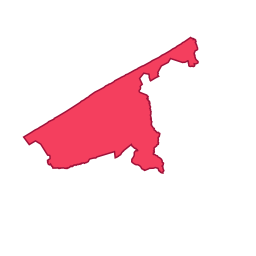 the district of Grands Ponts, Lagunes, Ivory Coast, rotated 155°
{"feature_id": "98640826B83353125268201", "entity_name": "Grands Ponts", "entity_type": "district", "adm_level": 2, "iso_a3": "CIV", "parent_name": "Ivory Coast", "parent_adm1": "Lagunes", "projection": "albers", "projection_center": [-4.906, 5.455], "detail": "fine", "context": "isolated", "style": "filled", "palette": "rose", "viewbox_px": 256, "rotation_deg": 155, "n_neighbors": 0, "source": "geoboundaries", "source_scale": "gbopen_adm2", "svg_char_len": 5878}
<svg xmlns="http://www.w3.org/2000/svg" viewBox="0 0 256 256"><g transform="rotate(155 128 128)"><path d="M116.6,73.3L115.4,72.4L114.9,73.5L113.6,74.1L113.5,74.4L113.6,75.0L113.4,75.6L113.5,76.3L112.8,78.2L112.9,78.5L113.2,78.9L113.2,79.1L112.0,79.5L111.7,79.7L111.5,80.1L110.7,81.1L110.8,81.5L111.4,82.3L111.4,82.7L110.9,83.9L110.9,85.4L111.1,86.0L111.9,87.7L113.0,89.0L113.1,90.0L113.3,90.5L114.3,91.3L114.7,92.2L115.2,93.0L116.0,93.2L116.1,93.6L115.8,94.0L115.5,94.7L114.5,94.9L114.2,95.3L114.1,95.9L114.5,96.4L114.4,96.6L114.0,96.7L113.5,97.0L113.1,98.3L112.4,99.2L112.2,99.2L111.6,99.2L111.0,99.5L109.8,99.6L109.4,99.9L108.8,100.5L107.8,100.4L107.5,100.4L107.2,100.7L107.1,101.3L106.6,101.6L106.5,101.9L106.7,102.3L106.6,102.7L105.9,104.0L105.5,104.3L104.9,106.3L104.3,106.9L103.4,107.0L102.6,108.0L102.2,108.7L101.6,109.2L101.6,109.9L101.9,110.2L102.3,110.4L102.5,110.8L102.5,111.3L103.0,111.4L103.1,111.5L103.7,111.6L103.9,112.6L104.3,113.3L104.2,114.0L105.1,115.1L105.0,115.6L104.4,116.5L104.8,116.8L105.2,117.9L105.2,118.6L105.5,119.7L105.4,120.6L105.4,120.9L105.6,121.1L105.2,121.4L104.8,122.3L104.8,122.5L104.4,123.1L103.8,123.4L103.7,123.7L103.9,124.1L103.9,124.9L103.5,125.4L103.3,126.1L103.5,126.3L103.3,126.4L103.5,126.8L102.8,127.2L102.8,127.7L102.7,127.9L102.8,128.3L102.4,129.0L102.4,129.9L101.9,130.4L101.9,130.7L101.3,131.0L101.2,131.4L101.0,131.8L101.0,132.2L100.7,132.6L100.4,132.7L100.2,132.9L100.2,134.6L99.8,135.1L99.8,135.3L99.9,135.5L99.9,136.6L99.2,136.8L98.6,137.9L98.6,138.1L98.7,138.5L98.8,139.2L98.8,139.5L98.6,139.6L98.7,139.8L98.6,140.2L98.3,140.6L97.9,140.8L98.0,141.1L98.3,141.5L97.5,142.1L97.8,142.4L97.8,142.8L97.4,143.2L97.8,144.0L97.8,144.3L98.0,144.3L98.1,144.5L97.9,145.1L97.9,145.4L98.1,146.0L98.3,146.0L98.3,146.4L98.4,146.7L98.2,146.8L97.9,146.7L97.8,147.1L97.3,147.3L97.2,147.2L97.2,147.5L97.0,147.8L96.5,148.0L96.7,148.7L96.9,148.8L97.2,149.4L97.1,149.9L102.0,155.1L102.4,155.8L102.4,156.0L102.4,156.6L102.0,157.3L101.5,157.6L100.7,157.8L99.8,158.8L99.5,159.6L99.5,160.3L99.4,160.4L98.2,161.2L97.4,161.3L96.6,161.6L96.6,168.0L90.6,171.0L86.3,167.9L86.9,165.8L87.4,164.9L87.5,163.2L87.8,162.0L87.6,161.2L81.9,161.8L78.3,161.9L78.7,163.4L78.2,164.1L77.5,164.7L77.6,165.7L71.5,170.2L63.9,170.5L60.1,173.0L50.7,164.2L49.5,164.0L49.2,163.7L48.5,163.5L46.6,163.5L45.7,163.7L45.3,163.6L45.3,162.6L45.6,162.3L45.6,161.9L45.9,161.2L45.8,160.7L46.4,159.2L46.4,158.1L45.5,157.4L43.9,157.0L42.7,156.0L41.9,156.0L41.2,156.3L41.1,157.3L40.8,158.2L40.1,157.6L38.8,157.4L37.2,157.4L36.9,157.7L36.5,158.4L36.5,158.9L36.7,159.3L37.4,161.2L37.5,161.7L37.5,162.6L37.3,163.4L37.4,163.9L37.3,164.4L37.0,164.7L36.8,165.0L37.0,166.1L36.5,166.6L36.7,167.3L36.0,168.3L35.3,168.7L34.7,169.5L33.8,169.6L32.9,169.5L31.8,169.8L31.6,170.1L31.5,170.5L31.2,171.0L31.1,171.5L31.2,171.9L30.8,174.0L30.9,174.4L30.7,174.8L30.7,175.2L30.9,175.5L30.7,176.5L30.9,176.9L30.7,177.2L30.3,177.2L29.8,177.7L30.0,178.1L30.0,178.4L29.7,178.7L29.6,179.2L29.9,179.5L29.9,179.9L30.2,180.1L30.8,180.8L31.3,180.7L31.2,181.0L31.4,181.4L31.1,181.5L31.4,181.8L31.9,182.0L32.8,183.1L33.0,183.6L40.6,182.3L42.6,182.3L43.8,181.8L48.9,181.4L51.0,180.8L53.8,180.8L57.3,180.2L63.4,179.6L66.4,179.6L70.1,178.9L77.7,178.8L79.8,178.4L87.7,177.9L88.9,178.1L93.7,177.9L94.3,177.6L97.5,177.6L105.8,177.0L107.0,177.2L107.7,177.2L108.8,176.8L112.2,176.8L112.6,176.9L113.2,176.7L120.1,176.4L121.1,175.9L124.9,175.5L126.9,175.8L128.1,175.5L130.2,175.6L132.9,174.9L138.7,174.6L142.8,174.5L149.2,173.4L150.7,172.8L152.9,172.7L156.5,172.0L158.7,172.0L159.6,171.8L160.4,171.4L169.8,170.1L177.3,169.1L187.1,168.1L190.8,167.9L191.3,167.3L197.3,167.3L198.5,166.8L204.7,166.1L207.6,165.9L209.9,165.5L212.9,165.5L217.9,164.8L226.4,163.9L224.5,154.7L217.3,155.4L213.9,150.3L212.3,137.4L210.8,136.4L210.6,136.3L210.6,136.0L210.7,135.1L211.0,134.7L211.3,133.6L211.6,133.2L212.1,133.0L213.4,133.0L214.0,132.7L214.6,132.7L214.9,131.9L214.6,131.6L214.7,131.3L214.9,131.2L215.1,131.3L215.3,131.1L215.5,129.0L215.3,128.5L214.7,127.8L214.0,128.0L213.9,127.7L213.4,128.0L213.2,125.7L213.2,125.4L212.7,124.8L213.0,124.0L213.0,123.4L208.9,121.6L208.3,121.6L207.8,120.6L207.5,120.4L206.4,120.5L206.1,120.0L205.1,119.9L204.2,119.4L203.4,119.2L202.4,118.2L201.7,117.9L201.5,117.7L200.7,117.6L200.6,117.2L200.0,117.0L199.8,117.1L199.6,117.4L199.3,117.4L199.0,117.0L198.6,117.1L197.8,117.0L196.8,117.4L196.7,117.6L196.2,117.6L196.1,117.3L195.7,117.5L195.6,117.4L195.5,117.1L195.2,117.1L195.0,116.7L194.5,116.9L194.3,116.8L193.9,117.0L193.7,116.8L193.0,117.2L192.5,117.2L192.4,117.0L191.8,117.0L191.1,116.7L190.9,116.2L190.6,116.2L190.3,116.2L189.8,116.5L189.3,116.5L188.8,115.9L187.6,115.9L186.9,115.4L186.7,115.7L186.3,115.8L185.9,115.6L185.5,115.7L185.3,115.4L185.1,115.6L184.7,115.7L184.0,115.3L183.2,115.3L182.9,115.1L182.5,114.5L182.2,114.3L181.4,114.6L181.1,114.6L180.3,114.2L178.9,114.4L178.1,114.4L177.6,115.0L176.2,115.9L175.3,116.0L172.0,115.3L171.3,115.2L170.8,114.8L170.0,114.5L169.4,114.5L168.7,114.8L168.2,114.9L150.2,112.3L152.2,106.4L151.3,106.3L150.6,106.4L150.1,106.3L149.0,106.5L148.6,106.4L147.8,106.8L146.1,106.9L145.3,107.4L144.3,108.2L142.6,108.9L141.9,109.0L141.8,109.3L131.9,111.7L132.0,110.0L131.9,109.7L131.4,109.2L131.3,108.3L131.0,108.0L130.7,107.0L130.0,106.4L129.6,106.2L129.6,105.2L129.1,104.8L128.8,104.4L128.7,103.6L128.9,103.4L129.8,103.8L130.3,103.9L130.8,104.1L132.5,103.3L132.7,103.1L133.6,101.2L134.2,100.3L135.9,99.0L136.9,98.5L137.7,98.0L138.8,96.0L138.8,95.2L137.9,93.5L136.8,91.9L136.3,91.4L134.9,90.7L134.3,90.2L133.3,88.7L132.7,86.7L132.8,85.5L132.7,85.2L131.9,84.4L131.8,83.9L131.1,83.4L131.2,83.2L131.1,82.9L130.8,82.9L130.7,82.5L126.8,82.3L125.6,82.4L122.7,81.1L121.5,80.7L120.2,80.7L119.8,80.5L117.8,78.7L117.8,78.3L118.0,77.4L118.1,76.3L118.0,76.0L117.5,75.8L117.6,75.2L117.4,74.7L117.0,74.4L117.1,74.0L116.6,73.3Z" fill="#f43f5e" stroke="#9f1239" stroke-width="1.5"/></g></svg>